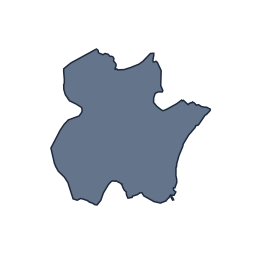 the district of Mueang Pattani, Pattani, Thailand, rotated 153°
{"feature_id": "78962969B73457350824483", "entity_name": "Mueang Pattani", "entity_type": "district", "adm_level": 2, "iso_a3": "THA", "parent_name": "Thailand", "parent_adm1": "Pattani", "projection": "equal_earth", "projection_center": [101.257, 6.854], "detail": "medium", "context": "isolated", "style": "filled", "palette": "slate", "viewbox_px": 256, "rotation_deg": 153, "n_neighbors": 0, "source": "geoboundaries", "source_scale": "gbopen_adm2", "svg_char_len": 1858}
<svg xmlns="http://www.w3.org/2000/svg" viewBox="0 0 256 256"><g transform="rotate(153 128 128)"><path d="M209.1,89.8L206.0,86.7L202.3,86.7L201.0,85.7L197.2,81.9L196.0,79.4L194.0,77.4L192.3,74.7L190.5,73.5L185.1,75.9L179.4,81.3L171.3,86.4L167.8,87.8L165.8,87.9L163.6,86.4L162.9,86.5L160.1,82.8L159.4,81.0L158.8,80.8L159.3,79.6L159.6,76.7L159.5,74.3L158.7,72.0L159.7,68.9L159.9,65.5L155.8,64.3L155.1,65.2L149.9,64.4L146.4,64.8L145.0,63.8L144.7,60.3L138.2,50.6L133.2,46.4L127.2,45.8L125.1,46.9L123.5,47.1L121.1,48.7L121.0,43.5L119.9,43.3L119.9,46.4L120.6,47.1L120.5,48.7L117.5,47.2L114.4,49.3L115.6,51.9L114.6,54.1L113.4,53.4L109.2,57.4L107.8,60.5L107.0,63.7L103.1,71.2L102.6,71.2L100.6,74.3L95.3,80.1L87.7,86.6L86.1,88.6L77.2,94.2L68.1,97.9L66.5,99.4L64.6,98.7L63.4,99.0L53.6,104.4L51.8,104.5L47.0,106.2L46.1,107.4L48.6,110.9L50.1,111.6L52.7,113.6L54.5,116.6L56.9,117.6L57.4,119.9L58.7,121.9L59.7,121.5L60.3,122.0L62.6,122.0L63.8,121.5L66.1,127.5L67.3,127.5L67.5,128.5L73.7,127.5L84.9,127.1L88.5,127.4L89.1,127.6L90.4,129.6L92.5,134.2L93.6,139.2L91.3,143.4L88.0,146.5L84.7,146.5L81.2,144.6L80.0,145.4L79.6,150.9L72.4,164.1L72.1,173.2L72.8,174.8L74.7,174.8L75.5,175.5L75.1,177.1L72.1,181.0L71.1,182.9L74.2,184.2L84.6,180.6L89.3,179.9L98.2,180.7L104.9,181.8L111.0,184.6L111.1,185.7L112.3,185.8L112.7,186.2L112.7,186.7L110.5,188.7L109.8,190.0L109.7,191.3L110.5,194.0L109.0,196.4L109.1,198.0L109.8,199.1L111.6,200.2L112.3,202.8L114.6,204.8L117.0,204.7L119.4,207.4L120.1,208.5L119.4,210.8L120.3,212.7L149.2,211.9L158.3,210.0L159.7,207.5L162.7,200.1L164.4,196.9L165.7,195.7L167.7,191.4L168.7,186.1L167.8,178.8L163.2,172.7L160.4,168.0L160.1,166.8L160.8,164.8L161.9,163.1L166.1,160.9L177.5,162.3L183.3,160.2L189.3,156.9L205.8,145.1L209.6,129.9L209.9,126.2L209.7,121.1L207.0,113.2L206.3,106.7L209.1,89.8Z" fill="#64748b" stroke="#1e293b" stroke-width="1.5"/></g></svg>